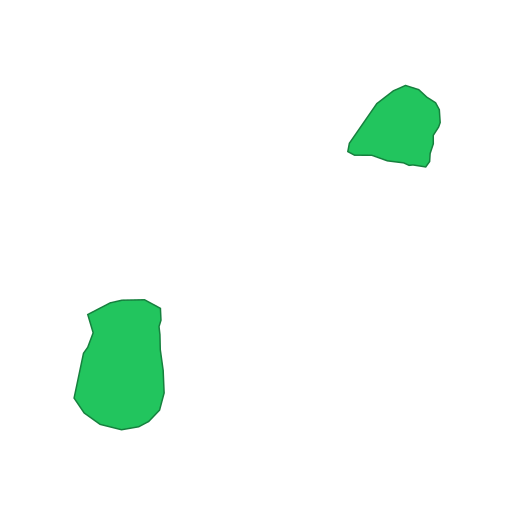 outline of Faraulep, Federated States of Micronesia, rotated 102°
{"feature_id": "79324940B34667662495204", "entity_name": "Faraulep", "entity_type": "district", "adm_level": 2, "iso_a3": "FSM", "parent_name": "Federated States of Micronesia", "parent_adm1": "", "projection": "robinson", "projection_center": [144.516, 8.594], "detail": "fine", "context": "isolated", "style": "filled", "palette": "green", "viewbox_px": 512, "rotation_deg": 102, "n_neighbors": 0, "source": "geoboundaries", "source_scale": "gbopen_adm2", "svg_char_len": 703}
<svg xmlns="http://www.w3.org/2000/svg" viewBox="0 0 512 512"><g transform="rotate(102 256 256)"><path d="M338.6,335.6L327.1,338.6L322.0,355.9L327.1,377.9L332.1,388.8L348.2,408.4L365.0,399.3L380.3,401.6L387.0,404.5L432.8,404.4L445.3,391.4L453.1,373.5L453.9,351.4L447.4,335.2L440.1,326.5L426.8,318.3L409.1,317.4L387.3,323.0L367.4,330.2L353.0,333.6L345.2,336.2L338.6,335.6ZM134.3,121.4L133.6,108.5L127.5,105.8L119.6,107.0L109.4,105.9L101.1,107.7L91.9,104.2L87.2,103.6L74.8,107.1L68.8,112.2L65.1,122.0L59.5,131.3L58.1,145.2L65.9,156.0L81.8,169.5L126.3,188.1L134.8,187.9L136.9,180.6L133.4,163.7L135.6,147.3L134.2,131.0L135.5,125.1L134.3,121.4Z" fill="#22c55e" stroke="#15803d" stroke-width="1.5"/></g></svg>